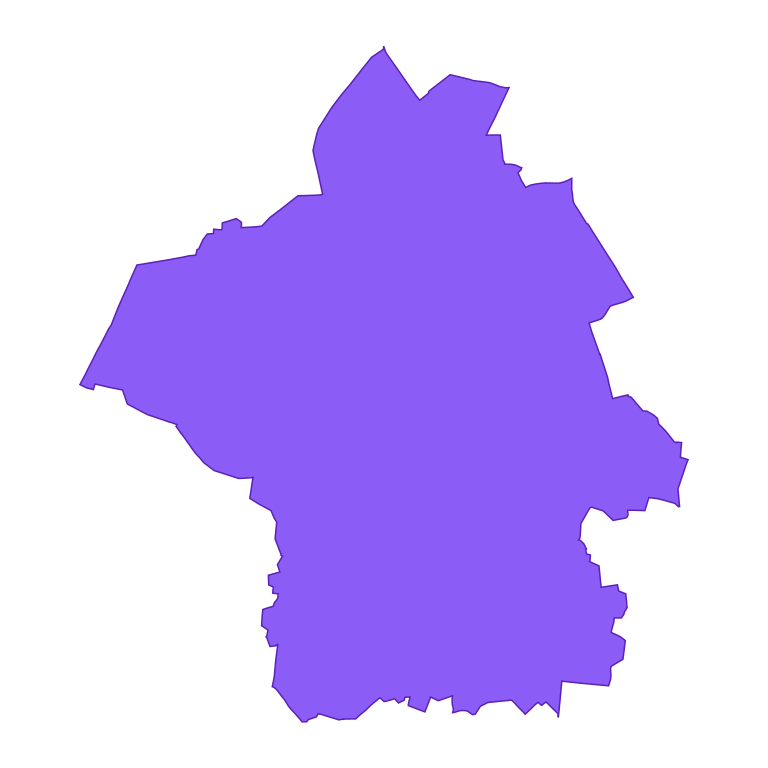 outline of Degoles pag., Tukums, Latvia
{"feature_id": "27541924B73428476484731", "entity_name": "Degoles pag.", "entity_type": "district", "adm_level": 2, "iso_a3": "LVA", "parent_name": "Latvia", "parent_adm1": "Tukums", "projection": "orthographic", "projection_center": [23.152, 56.88], "detail": "fine", "context": "isolated", "style": "filled", "palette": "violet", "viewbox_px": 768, "rotation_deg": 0, "n_neighbors": 0, "source": "geoboundaries", "source_scale": "gbopen_adm2", "svg_char_len": 6057}
<svg xmlns="http://www.w3.org/2000/svg" viewBox="0 0 768 768"><path d="M557.9,716.7L558.4,716.8L560.1,699.4L561.8,681.2L581.9,683.3L608.6,685.8L610.2,680.7L610.6,679.3L610.8,677.7L610.9,675.6L610.6,668.7L610.8,667.4L611.2,666.5L612.0,665.8L615.3,663.8L622.9,659.3L623.1,658.1L624.7,645.5L625.3,641.1L625.2,640.6L624.9,640.2L622.5,638.4L620.2,636.7L618.4,635.7L611.1,632.5L611.5,630.4L613.2,624.4L613.8,622.2L614.2,618.3L614.4,618.0L614.9,617.9L620.9,618.0L621.3,617.9L621.7,617.5L623.0,615.6L623.9,614.2L624.4,612.3L624.6,611.7L627.2,607.5L627.2,607.2L626.9,606.3L626.5,600.8L625.7,593.7L625.4,593.7L618.8,591.1L617.4,584.8L601.1,587.3L599.0,565.9L592.4,562.9L589.6,561.6L590.0,560.7L590.1,559.3L590.4,555.5L590.4,554.9L586.7,554.1L586.0,551.6L585.8,550.0L586.5,549.1L583.8,543.7L580.0,540.2L578.6,540.0L579.8,538.2L580.3,535.1L580.8,525.0L580.9,523.5L589.5,508.5L590.5,507.5L591.0,507.3L591.7,507.2L602.8,510.8L603.4,511.1L612.8,520.1L613.1,520.4L624.4,518.3L625.9,517.9L627.0,517.1L627.6,516.1L627.9,515.4L628.0,514.6L627.6,510.3L631.1,510.2L644.9,510.6L648.7,498.2L648.8,497.6L656.9,498.6L658.7,498.9L673.4,502.9L674.5,503.3L675.0,503.5L675.5,503.9L678.0,506.2L678.5,506.7L679.6,506.6L679.0,500.8L678.8,497.8L678.4,493.9L678.0,489.5L678.1,488.4L679.1,485.5L681.2,479.3L684.9,468.3L686.2,464.4L686.8,462.9L688.1,459.7L680.4,457.2L681.0,449.5L681.3,445.8L681.6,442.6L676.9,442.1L676.8,442.7L674.2,441.9L673.6,441.0L665.5,430.9L661.0,426.2L658.8,424.3L657.4,418.4L657.2,418.1L655.3,416.5L654.0,415.4L652.8,414.5L648.9,412.3L647.2,411.3L646.8,411.3L646.4,411.1L645.8,411.1L643.6,411.0L642.9,410.8L642.3,410.2L637.5,404.7L635.5,402.4L633.7,400.1L631.2,397.4L630.7,397.0L628.7,396.3L628.2,396.4L628.1,395.5L627.9,394.9L623.5,395.9L612.6,398.6L609.0,384.1L607.5,377.0L606.0,372.4L600.2,354.3L599.8,354.5L591.5,331.1L589.1,322.9L596.8,320.5L600.5,319.2L602.0,318.3L603.2,316.9L604.1,315.8L605.2,314.3L606.4,312.4L607.9,309.8L608.8,308.3L609.8,306.8L610.4,306.3L610.8,306.0L612.1,305.4L622.0,302.5L625.9,301.1L633.3,297.3L632.9,296.6L626.8,286.5L622.3,279.4L620.3,276.0L618.0,271.8L615.7,267.8L593.7,233.3L588.0,224.1L586.6,223.5L581.8,215.8L578.9,211.1L577.0,208.1L574.7,204.8L573.9,203.0L573.4,202.0L573.2,201.1L572.8,197.8L572.1,191.5L571.9,190.7L571.7,189.2L571.8,178.6L571.8,178.3L570.6,179.0L567.2,180.6L565.3,181.4L563.3,182.1L561.1,182.7L559.5,183.0L557.6,183.2L548.2,183.0L546.1,183.0L546.1,182.9L541.9,183.2L535.2,184.1L530.5,185.1L527.5,186.5L525.7,187.4L525.0,186.4L521.3,180.3L518.0,172.7L520.6,170.2L520.8,170.2L521.7,167.7L520.7,167.5L515.6,165.1L512.5,164.5L510.1,164.2L504.8,164.2L505.0,163.8L503.0,159.7L502.8,158.0L500.3,135.0L492.6,135.0L486.3,135.2L489.0,129.4L495.5,116.5L498.4,110.2L509.0,87.6L505.7,87.8L500.0,86.6L492.8,83.8L489.3,82.6L483.5,81.8L473.2,80.6L469.7,79.4L450.1,74.7L447.5,76.8L429.1,91.0L428.7,91.7L428.4,93.4L419.7,100.2L416.4,96.2L411.6,89.5L397.6,69.3L386.3,53.3L385.8,52.2L385.4,51.4L384.4,48.5L383.7,46.1L383.4,49.3L371.6,57.2L362.8,68.3L362.1,69.1L350.2,84.3L341.3,94.9L331.5,107.9L328.4,112.8L325.8,116.9L318.5,128.4L316.8,134.0L315.2,140.7L314.3,144.4L313.0,150.7L313.1,151.2L315.1,160.8L318.0,172.8L322.6,194.3L320.5,194.9L315.5,195.2L297.9,195.8L278.6,211.0L278.2,211.0L277.8,211.5L269.9,217.5L261.9,226.0L257.2,226.7L247.8,227.3L241.3,227.6L241.5,224.3L241.4,222.5L241.0,221.9L240.4,221.4L236.2,218.6L228.4,221.1L222.3,222.9L222.0,229.3L221.9,229.6L221.6,229.7L221.0,229.8L213.7,229.2L213.4,233.6L208.3,233.9L207.4,234.1L207.0,234.2L205.3,236.8L203.2,239.3L198.7,248.9L197.1,249.6L195.8,255.1L195.7,255.1L190.1,255.7L189.9,255.6L182.6,257.2L168.9,259.7L158.8,261.4L136.9,265.0L130.0,280.6L129.7,281.5L125.1,291.9L124.9,292.2L118.0,307.7L111.1,325.3L108.8,328.6L105.1,335.9L99.8,346.0L97.5,350.2L96.7,351.7L95.9,353.2L92.6,359.9L86.9,371.1L85.2,374.6L79.9,384.6L86.4,387.8L93.4,389.6L94.1,387.0L94.9,384.0L109.1,387.3L122.6,390.0L127.3,404.0L147.4,414.6L160.5,419.0L169.4,422.1L171.1,422.5L176.8,424.5L176.6,424.9L176.3,426.3L176.1,426.5L176.6,427.1L177.4,428.2L180.1,432.1L181.1,433.6L181.3,433.5L185.8,439.7L186.1,440.2L190.6,446.5L191.0,447.2L195.2,452.9L198.3,456.4L199.0,457.0L202.6,461.3L204.3,463.1L214.2,470.6L238.8,478.5L252.4,477.7L252.9,477.1L253.0,477.3L249.8,498.4L258.3,503.7L271.0,510.6L274.2,518.1L276.7,522.0L275.1,538.9L281.3,555.1L281.1,555.4L282.4,556.2L282.0,556.9L277.4,564.7L279.9,572.0L268.4,575.2L268.7,584.7L268.8,585.0L272.0,586.4L273.3,587.0L273.3,587.9L272.8,591.3L272.7,593.1L274.7,593.5L278.1,593.8L278.1,594.6L277.8,597.6L277.5,598.6L276.1,600.6L274.4,602.6L273.1,606.3L267.6,607.9L262.8,609.5L262.2,615.6L261.6,625.7L267.8,630.0L267.8,631.0L267.0,635.2L266.0,636.9L266.5,637.2L267.0,638.1L270.0,646.5L275.9,645.8L275.8,645.2L277.8,644.6L275.7,660.6L274.2,677.0L272.3,686.7L273.5,687.1L274.5,687.8L276.2,689.2L278.5,692.0L280.6,694.8L282.0,696.8L283.5,698.5L284.8,700.2L287.0,703.8L288.4,706.0L289.6,707.6L291.3,709.6L294.6,713.1L299.3,718.4L302.2,721.9L306.6,721.8L308.5,719.5L316.5,716.9L318.0,713.8L319.6,714.3L320.6,714.2L339.0,719.9L340.9,719.4L343.5,719.3L343.5,719.1L346.3,719.0L355.7,718.9L357.5,717.1L361.1,714.0L366.1,709.9L370.8,705.2L376.8,700.3L379.8,697.8L380.7,698.5L384.1,701.6L389.6,700.3L394.6,698.7L398.5,703.0L404.3,700.1L404.5,699.6L404.7,697.5L405.0,697.3L410.0,697.0L408.3,704.3L408.3,705.6L424.9,711.9L430.1,698.5L430.5,697.1L438.2,700.6L438.6,700.6L452.4,695.8L452.6,695.8L452.4,696.8L452.2,697.6L452.1,699.0L452.1,701.2L452.2,702.8L452.2,703.5L452.5,705.1L452.8,706.5L453.2,708.2L453.3,709.0L453.3,709.5L453.2,710.2L453.1,710.9L453.0,711.4L452.6,712.6L454.0,712.5L458.2,711.2L459.8,710.7L462.6,710.5L464.9,710.6L467.1,711.0L468.2,711.6L472.4,714.6L474.1,714.4L475.1,714.2L475.3,714.1L480.1,706.7L480.4,706.3L487.8,702.5L491.8,702.1L494.8,701.8L503.5,700.9L507.2,700.6L509.7,700.2L510.7,700.2L511.7,700.3L512.7,701.1L515.0,703.5L517.2,705.9L523.3,712.2L524.6,713.4L524.9,714.1L525.4,714.1L534.6,705.2L538.0,702.3L541.5,705.4L546.0,702.0L547.9,703.7L549.3,705.2L558.0,713.7L558.0,714.4L557.9,716.7Z" fill="#8b5cf6" stroke="#5b21b6" stroke-width="1.5"/></svg>